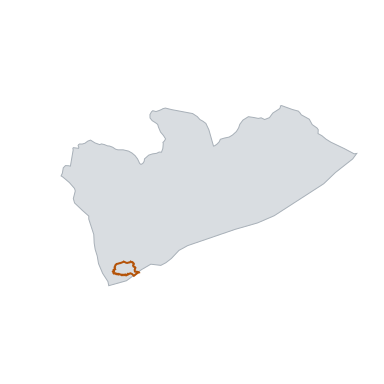 location of Garwula, Grand Cape Mount, Liberia, rotated 299°
{"feature_id": "62588387B58887581868104", "entity_name": "Garwula", "entity_type": "district", "adm_level": 2, "iso_a3": "LBR", "parent_name": "Liberia", "parent_adm1": "Grand Cape Mount", "projection": "mercator", "projection_center": [-11.139, 6.773], "detail": "fine", "context": "in_parent", "style": "outline", "palette": "amber", "viewbox_px": 384, "rotation_deg": 299, "n_neighbors": 0, "source": "geoboundaries", "source_scale": "gbopen_adm2", "svg_char_len": 4368}
<svg xmlns="http://www.w3.org/2000/svg" viewBox="0 0 384 384"><g transform="rotate(299 192 192)"><path d="M69.7,164.6L72.9,161.9L77.5,153.3L84.0,145.0L90.1,140.1L94.9,135.1L99.9,131.2L107.2,126.7L118.3,114.8L120.9,113.4L122.7,105.2L125.5,94.6L128.7,91.4L136.3,89.4L138.1,87.6L140.8,80.2L142.5,71.6L142.6,69.7L145.6,69.5L150.7,67.7L153.7,68.5L155.0,71.0L155.7,73.1L171.1,67.7L172.5,66.6L173.3,66.8L175.2,71.6L176.3,71.3L177.3,69.9L178.3,69.8L179.5,70.4L180.7,72.7L182.7,74.7L186.0,76.2L188.2,78.1L187.9,83.3L188.7,88.3L190.2,89.5L191.0,92.5L191.4,95.8L192.2,97.5L192.7,100.9L192.4,104.4L193.0,106.9L195.5,111.3L197.0,116.7L197.0,120.6L196.2,124.6L194.5,128.4L191.6,132.4L191.4,134.0L193.1,135.1L195.7,135.3L197.9,134.4L203.3,136.3L206.2,139.0L208.7,142.3L211.0,143.9L212.0,146.0L215.9,145.4L220.4,143.4L221.3,142.5L222.7,143.0L225.6,143.2L227.6,139.6L229.2,135.4L232.7,131.0L234.5,129.2L234.9,126.3L235.1,122.6L236.4,119.4L239.3,117.7L242.4,117.7L244.1,118.3L244.9,121.5L247.4,123.8L249.6,125.5L250.7,126.1L252.5,128.0L254.2,134.3L260.9,154.5L260.5,160.1L259.2,163.8L259.2,167.3L258.7,170.9L254.6,176.6L242.6,188.5L243.5,189.5L246.4,190.8L249.3,191.5L251.8,191.2L254.8,194.1L258.0,197.8L261.4,199.8L266.4,201.5L270.7,201.7L274.4,201.0L279.6,201.7L285.2,204.8L287.1,209.9L288.5,214.3L290.4,216.5L290.6,220.4L294.6,223.7L300.2,224.4L307.5,228.3L309.3,228.1L310.1,227.6L311.0,228.4L312.8,239.7L314.3,245.8L313.5,248.2L312.5,250.1L312.5,259.3L309.2,264.5L308.6,270.3L307.7,272.2L304.2,273.9L304.2,278.3L303.2,283.6L302.9,289.3L303.8,304.2L304.0,315.3L305.6,317.4L298.8,316.5L278.6,308.0L263.1,303.2L211.1,275.4L196.7,264.3L180.1,247.7L143.0,214.2L134.6,208.9L123.9,206.2L117.4,203.4L112.7,200.3L108.9,191.0L99.7,185.5L82.6,177.7L69.7,164.6Z" fill="#d9dde1" stroke="#a8b0b8" stroke-width="1"/><path d="M90.5,181.8L91.4,182.2L92.7,182.7L93.0,182.8L93.4,183.0L94.5,183.5L95.2,183.9L95.5,184.2L95.6,184.3L95.9,184.6L96.1,184.2L95.9,183.8L95.8,183.6L95.7,183.2L95.7,182.9L95.4,182.2L95.1,181.7L94.9,181.3L94.7,180.9L94.8,180.6L95.0,180.5L95.1,180.4L95.6,180.0L95.7,179.9L95.9,179.7L96.0,179.6L96.5,179.5L96.8,179.5L97.2,179.5L97.4,179.3L97.5,179.3L97.8,179.3L98.0,179.3L98.3,179.2L98.3,178.9L98.4,178.7L98.5,178.6L98.7,178.3L98.7,178.1L98.4,177.3L98.4,177.1L98.5,176.8L98.8,176.6L99.1,176.2L99.3,176.0L99.5,176.0L99.9,176.1L100.5,175.8L100.6,175.7L100.6,176.0L100.8,176.1L101.0,176.0L101.2,175.8L101.2,175.6L101.2,175.4L101.3,175.1L101.5,174.9L101.6,174.6L101.7,174.3L101.7,174.0L101.6,173.9L101.7,173.6L101.5,173.4L101.4,173.3L101.4,173.0L101.4,172.9L101.4,172.7L101.4,172.1L101.1,172.1L100.9,171.9L100.7,171.8L100.5,171.7L100.3,171.7L99.7,170.9L98.6,169.8L98.2,168.8L98.1,166.7L98.0,166.0L97.9,166.0L97.7,166.0L97.3,165.6L97.0,165.4L96.7,165.1L96.4,164.9L95.9,164.5L95.0,163.6L94.9,163.6L94.7,163.3L94.4,162.9L94.2,162.8L94.1,162.7L93.7,162.3L93.3,161.9L93.0,161.5L92.8,161.3L92.6,161.1L92.2,161.0L92.2,160.9L91.9,160.9L91.5,160.7L91.3,160.6L91.1,160.5L90.8,160.5L90.6,160.5L90.3,160.6L89.8,160.7L89.5,160.8L89.3,160.8L89.0,160.7L88.7,160.7L88.6,160.8L88.3,161.5L88.2,161.5L88.0,161.4L87.8,161.6L87.7,161.6L87.4,161.6L87.3,161.8L87.2,162.0L87.1,161.9L86.9,161.8L86.8,162.0L86.6,161.9L86.5,161.7L86.3,161.6L86.1,161.4L86.0,161.5L86.0,161.8L85.8,161.8L85.7,161.8L85.5,161.7L85.4,161.6L85.3,161.8L85.4,162.0L85.2,162.1L85.1,161.9L84.9,161.8L84.7,161.7L84.5,161.8L84.3,161.7L84.3,161.9L84.2,162.0L83.9,162.3L83.7,162.3L83.4,162.2L83.2,162.3L83.1,162.5L83.3,162.5L83.5,162.5L83.4,162.7L83.3,162.9L83.2,163.0L83.3,163.3L83.2,163.5L83.6,163.9L83.6,164.1L83.6,164.4L83.4,164.5L83.5,164.8L83.4,165.2L83.4,165.3L83.6,165.3L83.5,165.5L83.8,165.9L83.8,166.1L84.0,166.3L84.3,166.5L84.5,166.9L84.4,166.9L84.0,167.4L84.0,167.5L84.6,168.0L84.9,168.2L84.9,168.3L84.9,168.6L85.0,168.9L85.0,169.2L85.0,169.3L85.2,169.5L85.2,170.4L85.2,171.1L85.3,171.2L85.5,171.1L85.8,171.0L86.0,171.4L86.2,171.8L86.3,172.0L86.5,172.4L86.4,172.6L86.3,172.9L86.6,173.1L87.0,173.2L87.3,173.4L87.4,173.5L87.5,173.6L87.6,173.9L87.6,174.0L87.7,174.3L87.6,174.6L87.2,174.8L87.3,175.0L87.6,175.0L87.9,175.0L88.0,175.1L88.3,175.4L88.2,175.6L88.4,175.8L88.6,175.9L88.8,176.0L89.1,176.2L89.3,176.1L89.5,175.9L89.6,176.1L89.7,176.4L90.1,176.9L90.5,177.1L91.0,177.5L91.0,177.9L91.1,178.0L91.1,178.4L91.2,178.9L91.2,179.3L91.1,179.9L90.8,180.7L90.6,181.4L90.5,181.8Z" fill="none" stroke="#b45309" stroke-width="2"/></g></svg>